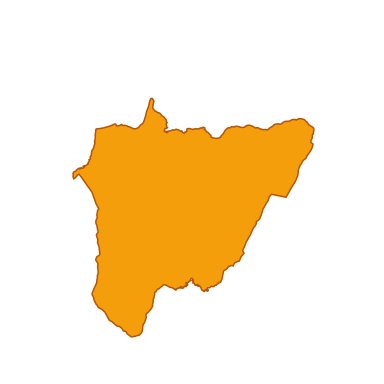 outline of Guachetá, Cundinamarca, Colombia, rotated 332°
{"feature_id": "7082276B56443228880790", "entity_name": "Guachetá", "entity_type": "district", "adm_level": 2, "iso_a3": "COL", "parent_name": "Colombia", "parent_adm1": "Cundinamarca", "projection": "orthographic", "projection_center": [-73.705, 5.391], "detail": "fine", "context": "isolated", "style": "filled", "palette": "amber", "viewbox_px": 384, "rotation_deg": 332, "n_neighbors": 0, "source": "geoboundaries", "source_scale": "gbopen_adm2", "svg_char_len": 6059}
<svg xmlns="http://www.w3.org/2000/svg" viewBox="0 0 384 384"><g transform="rotate(332 192 192)"><path d="M137.1,91.4L136.5,91.7L133.2,96.4L132.8,97.5L131.0,100.3L129.7,101.5L129.5,102.1L129.7,102.5L128.8,103.7L125.2,107.4L123.1,108.4L122.6,108.9L121.6,110.3L120.4,112.2L118.4,113.4L118.2,114.5L117.2,115.3L116.4,115.2L116.5,115.7L116.4,115.9L114.4,117.0L114.0,117.8L113.6,117.8L113.2,118.1L113.2,118.5L112.3,118.5L111.6,118.8L110.7,118.8L109.4,118.3L109.1,118.8L108.5,118.2L108.1,118.1L107.9,118.3L108.0,119.7L107.7,119.8L107.3,119.6L105.9,119.4L105.7,118.6L105.4,118.4L105.0,119.0L104.1,118.8L103.8,119.0L103.6,118.7L103.7,118.1L102.8,117.9L100.0,118.5L99.1,119.0L96.8,118.8L96.3,119.4L95.6,119.8L95.3,121.0L94.1,122.7L93.9,124.9L95.1,124.8L98.1,123.7L100.0,123.1L100.5,123.1L101.3,127.1L103.6,145.2L102.2,154.9L101.7,157.3L101.9,162.5L101.4,163.3L100.2,163.8L99.6,164.5L97.4,167.3L97.0,168.0L96.3,170.3L94.8,171.2L93.3,172.7L92.5,174.6L92.2,177.4L91.3,179.7L90.5,183.2L89.7,183.8L88.0,184.4L87.1,185.7L86.5,189.9L84.8,192.4L84.2,196.7L81.6,203.4L81.3,203.8L80.0,204.4L78.1,204.4L77.3,204.7L75.5,206.2L75.0,207.4L75.4,210.0L75.3,211.3L73.4,214.0L72.1,217.6L70.9,219.8L69.2,221.4L68.0,223.6L67.0,224.6L65.3,227.4L60.2,231.2L56.8,234.1L55.6,235.5L55.6,238.8L54.7,242.3L54.7,246.4L55.2,247.6L55.0,249.4L55.3,250.4L57.4,253.6L58.7,257.0L58.8,266.3L59.4,267.6L60.3,268.5L61.8,272.7L62.9,275.2L64.7,276.6L65.7,278.6L66.2,280.2L66.0,282.1L66.4,282.7L67.7,283.7L68.2,284.5L68.2,286.9L70.3,291.2L70.6,291.5L74.0,292.7L76.6,293.1L77.9,293.7L81.0,292.7L82.5,291.6L84.1,289.8L85.3,287.7L86.4,286.5L87.3,285.7L88.6,285.3L89.5,284.2L91.2,282.9L91.7,282.0L92.6,281.6L93.0,280.8L93.2,279.5L94.2,278.2L95.0,277.9L96.6,277.7L99.9,276.5L102.0,275.5L103.1,274.5L103.8,274.2L104.4,272.5L105.7,271.4L107.0,269.5L107.4,268.5L108.2,268.2L109.5,266.3L110.5,265.6L111.8,263.3L112.2,263.1L113.2,263.2L115.8,261.6L116.7,261.9L117.7,261.9L119.7,261.3L121.0,261.2L122.9,260.6L124.1,260.9L125.7,262.6L127.8,265.9L129.0,266.7L129.9,267.6L131.2,270.3L131.7,271.0L132.3,270.9L132.6,270.0L133.4,270.4L134.5,270.3L135.0,270.7L135.7,270.4L137.0,271.5L137.1,271.1L136.8,270.5L137.1,270.3L137.6,270.3L138.3,270.9L138.4,272.3L138.6,272.6L139.8,272.7L140.5,271.7L140.9,271.5L142.3,272.7L142.7,272.7L143.1,272.1L143.0,271.4L143.5,271.4L144.2,272.1L144.7,271.8L144.8,270.9L143.9,269.8L144.2,269.3L144.4,269.2L145.4,269.9L146.6,270.1L147.0,269.6L147.3,269.5L148.7,269.7L149.7,268.4L150.7,268.0L151.4,268.1L151.8,269.9L150.4,270.3L150.6,270.8L151.3,271.2L150.3,272.3L150.1,272.8L150.9,273.3L151.2,274.0L150.9,275.0L151.1,276.0L152.2,276.4L152.7,276.1L153.2,276.2L153.6,276.9L153.0,277.2L152.8,277.5L153.5,278.2L153.9,277.9L154.7,278.2L154.7,279.3L155.1,280.6L154.7,281.8L154.7,283.3L155.6,284.5L155.6,285.1L156.0,285.5L156.4,285.5L157.2,284.7L158.4,284.9L157.9,285.5L158.3,285.8L158.7,286.4L159.1,286.7L160.1,286.6L160.3,285.8L159.7,285.4L159.6,285.0L160.9,283.9L162.6,284.8L164.1,284.4L164.8,284.4L166.2,285.5L167.1,285.7L167.4,285.7L167.9,285.1L169.8,285.6L171.5,285.0L172.7,285.2L173.6,284.4L174.5,285.0L174.9,285.1L178.0,282.5L182.8,276.6L183.9,276.4L186.1,276.4L189.3,274.9L190.2,275.3L191.4,275.2L192.5,275.5L193.7,276.6L194.4,275.7L196.7,274.6L198.2,274.8L199.4,274.6L200.9,275.2L202.1,274.6L204.7,272.4L209.2,270.5L209.1,268.4L209.4,267.4L209.9,266.8L212.5,265.1L216.0,261.9L223.4,257.2L229.4,252.5L231.9,251.6L233.0,250.8L233.7,250.3L234.9,248.4L237.3,248.2L239.2,247.4L242.0,245.1L246.8,240.4L253.1,236.4L255.0,235.5L258.1,232.4L260.6,231.5L261.3,231.5L272.6,240.8L282.9,234.2L288.0,231.3L289.6,230.1L293.0,227.2L295.3,224.1L296.1,222.6L299.6,219.4L301.2,218.7L304.2,216.7L305.5,216.2L308.4,215.7L310.9,213.9L316.3,211.2L318.9,209.3L320.1,208.0L321.3,206.5L321.1,205.8L320.3,204.2L320.4,203.5L321.1,202.6L323.6,200.7L325.1,198.1L325.6,197.6L326.1,197.8L326.5,197.4L329.0,194.0L329.3,193.1L329.3,192.2L328.9,191.3L327.5,189.0L327.4,188.5L326.6,187.6L326.5,184.7L325.8,183.1L325.3,181.1L325.1,180.7L322.8,178.6L321.6,177.8L319.8,177.3L317.8,177.4L317.3,176.6L315.4,175.5L314.3,175.2L311.2,175.1L307.1,173.3L305.2,173.3L302.5,173.8L302.0,173.6L300.1,172.3L297.1,171.1L296.1,171.1L294.6,171.7L290.9,171.9L289.1,172.4L287.9,172.5L287.3,172.3L286.4,171.4L284.0,170.3L282.9,169.2L281.5,168.0L280.8,166.7L280.1,166.0L278.1,165.2L277.3,164.2L276.8,162.9L274.1,160.0L271.3,158.9L269.0,159.4L267.1,158.9L265.9,158.1L262.7,155.1L260.8,154.3L259.3,154.3L258.2,153.1L257.8,153.0L255.9,153.1L253.7,152.3L252.5,152.5L249.7,153.4L248.1,154.5L245.9,155.6L244.4,155.9L243.2,156.9L242.2,157.0L241.8,156.7L240.9,156.9L239.4,156.5L236.2,154.4L234.6,152.6L234.7,152.1L235.1,151.6L235.0,151.1L235.3,150.6L234.5,149.1L234.5,148.0L234.2,147.6L234.1,146.9L233.1,145.7L233.0,143.5L232.5,143.2L232.2,142.7L232.5,142.2L233.3,141.8L233.4,141.5L232.3,140.0L231.3,140.0L230.9,140.3L230.6,140.3L229.8,139.5L228.6,139.3L227.5,139.5L224.5,137.6L223.3,137.6L222.9,137.2L222.0,137.1L219.6,134.8L218.0,134.0L217.3,133.9L216.8,134.3L216.0,135.9L215.5,136.2L215.0,136.1L214.2,135.7L213.2,136.4L212.8,136.3L212.4,136.1L211.6,134.7L211.7,133.7L211.5,133.3L211.3,133.1L210.6,133.2L209.4,131.0L208.3,130.1L207.9,129.4L206.8,129.0L205.5,129.2L205.1,129.0L204.8,128.5L204.1,128.0L201.4,127.9L200.6,127.3L199.3,127.2L198.3,127.9L198.0,127.9L198.1,127.0L197.6,127.2L197.5,126.4L196.6,126.5L196.6,125.7L196.0,125.4L197.9,123.3L199.6,123.8L200.6,123.6L200.2,122.4L200.8,121.5L200.9,120.4L201.2,119.9L202.6,119.1L202.7,118.8L202.4,118.5L202.4,117.9L203.1,116.8L203.1,116.0L202.3,112.3L201.3,110.9L200.8,108.1L200.2,106.8L198.8,105.6L198.1,103.8L197.5,103.4L197.0,101.8L196.8,99.4L197.1,98.6L201.0,93.9L201.0,91.5L200.6,90.5L199.4,90.3L197.7,91.6L196.1,93.3L194.6,95.3L189.3,100.0L187.3,102.5L183.3,106.4L181.5,108.0L180.6,108.4L178.1,108.7L175.9,109.6L174.0,110.0L171.0,109.4L169.6,108.0L167.6,105.4L166.1,104.1L165.5,102.9L163.8,101.5L162.4,101.0L161.6,99.3L161.2,99.2L159.3,99.3L156.8,98.6L156.6,98.3L156.4,96.2L156.0,95.7L150.6,95.3L147.9,94.7L144.2,93.9L140.7,92.8L137.1,91.4Z" fill="#f59e0b" stroke="#b45309" stroke-width="1.5"/></g></svg>